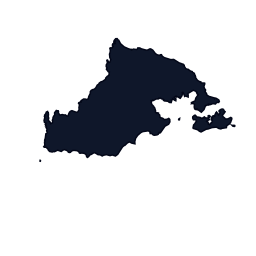 outline of Kupang, Nusa Tenggara Timur, Indonesia, rotated 226°
{"feature_id": "22746128B27765258797580", "entity_name": "Kupang", "entity_type": "district", "adm_level": 2, "iso_a3": "IDN", "parent_name": "Indonesia", "parent_adm1": "Nusa Tenggara Timur", "projection": "orthographic", "projection_center": [123.766, -9.812], "detail": "fine", "context": "isolated", "style": "filled", "palette": "ink", "viewbox_px": 256, "rotation_deg": 226, "n_neighbors": 0, "source": "geoboundaries", "source_scale": "gbopen_adm2", "svg_char_len": 5917}
<svg xmlns="http://www.w3.org/2000/svg" viewBox="0 0 256 256"><g transform="rotate(226 128 128)"><path d="M94.5,189.5L94.0,190.7L93.7,190.4L93.6,190.8L93.0,190.7L93.0,191.0L88.4,191.7L88.5,195.5L90.3,199.4L89.8,199.8L89.6,200.8L88.7,201.7L89.3,202.4L88.0,202.9L88.2,203.2L87.4,204.0L86.6,206.0L84.5,207.6L84.8,209.5L83.4,211.0L83.7,212.2L85.2,212.8L88.0,212.1L89.0,211.5L89.0,210.9L89.3,211.2L94.7,208.1L97.2,207.7L98.4,208.5L100.7,208.6L100.9,209.5L101.6,210.3L103.0,210.4L104.5,211.0L105.3,211.7L106.4,213.9L107.1,214.3L109.4,212.1L110.2,211.8L110.5,212.4L112.5,211.4L114.3,211.1L117.7,211.7L117.9,212.2L119.5,213.0L120.2,212.9L121.2,213.7L123.3,213.1L124.0,213.4L125.5,212.5L128.6,212.0L129.1,211.4L130.6,210.8L133.4,211.4L134.1,212.1L135.0,211.7L135.6,212.0L136.3,211.6L136.4,211.2L137.6,211.0L139.1,210.1L145.6,208.5L147.4,206.3L153.4,203.0L155.8,202.5L157.5,203.0L158.1,202.4L158.5,201.0L160.5,199.8L162.6,199.4L166.8,199.9L169.1,199.3L169.8,198.5L170.4,196.4L171.2,195.3L175.7,192.6L177.4,192.1L178.8,190.7L178.3,189.5L178.5,188.7L181.0,186.7L181.7,184.8L182.5,184.9L182.6,184.5L184.8,183.3L189.0,181.6L193.9,181.2L197.6,182.3L198.1,182.0L199.8,182.3L200.8,181.2L200.6,179.3L199.4,179.6L198.9,178.9L198.9,178.4L200.1,178.1L199.6,177.3L199.0,177.2L198.2,177.7L197.6,177.5L199.1,175.5L198.5,174.3L197.0,174.0L197.1,173.0L196.6,172.7L196.7,172.2L198.0,170.9L197.9,170.3L196.2,169.3L194.9,167.8L194.0,166.0L191.2,163.8L189.3,163.3L188.0,160.7L188.4,159.7L191.1,160.5L191.4,159.8L189.1,158.4L188.5,156.2L187.2,154.9L185.9,154.8L185.3,153.3L182.1,152.9L181.1,153.4L180.7,152.6L179.3,151.5L179.5,151.0L179.2,150.3L179.6,149.1L179.4,146.6L178.7,145.9L178.7,145.2L179.2,142.0L180.0,140.6L180.3,138.5L179.9,137.5L180.2,135.6L179.3,132.9L179.3,130.7L180.3,129.0L180.6,127.5L180.3,126.1L179.1,125.0L177.9,121.6L176.6,119.7L177.3,117.9L178.3,117.5L179.7,116.2L180.2,113.5L180.1,112.7L179.4,112.6L179.2,112.2L180.0,111.3L180.4,110.2L180.2,109.6L178.5,109.3L176.7,106.8L175.2,105.7L174.5,103.2L174.5,102.5L175.5,101.6L179.4,99.7L180.0,98.3L180.0,96.7L179.5,96.3L179.6,95.7L178.3,93.0L179.3,92.3L180.9,92.1L181.8,91.0L183.3,90.1L184.7,87.9L187.4,88.5L187.9,89.3L188.8,89.8L189.5,89.2L189.5,88.5L190.4,88.5L190.0,85.8L188.2,84.2L188.2,82.8L187.6,81.3L187.0,80.8L186.1,78.9L185.3,78.7L184.2,77.3L184.3,76.4L184.8,76.2L184.9,75.4L186.5,76.1L188.6,76.0L190.0,77.2L190.1,77.8L192.3,79.0L192.5,79.8L194.6,81.5L195.4,81.2L195.8,81.5L196.2,80.3L195.4,78.7L195.2,76.9L194.6,76.7L194.3,75.8L193.6,75.8L191.7,72.8L190.1,71.8L188.5,72.4L188.1,71.1L187.7,71.3L186.8,70.2L186.6,70.5L185.3,70.0L185.3,69.4L183.3,68.9L182.5,67.5L180.9,66.9L180.5,66.1L180.9,64.9L178.1,61.4L177.1,59.5L176.2,59.2L175.9,58.2L173.3,56.1L173.1,54.4L172.4,54.4L171.0,55.7L168.3,55.8L167.7,55.4L165.6,55.3L163.4,56.8L162.7,58.2L162.0,58.7L160.9,62.0L157.5,63.7L157.2,66.1L156.5,67.4L153.4,68.7L152.2,68.3L151.2,68.7L150.5,69.7L150.6,71.0L150.2,72.7L149.0,74.0L146.8,75.8L144.8,76.1L143.9,75.7L143.2,75.9L142.0,77.5L140.0,79.0L138.0,79.4L136.2,78.4L135.1,78.3L134.8,79.5L135.1,82.1L134.5,83.3L133.9,86.2L132.9,87.1L129.7,87.9L128.0,89.4L125.8,90.0L125.4,91.5L123.8,94.0L120.6,95.9L119.6,97.9L116.6,99.5L116.2,102.3L118.2,110.8L118.1,113.1L117.7,113.5L117.7,117.3L116.9,119.5L114.7,120.1L111.8,122.0L113.5,123.4L115.3,126.3L116.0,129.8L115.8,133.9L115.2,136.0L112.0,140.5L110.3,141.2L108.6,140.1L107.7,141.2L108.0,141.7L107.5,141.2L105.5,141.3L104.5,141.9L102.9,144.1L102.5,145.4L103.1,147.2L102.7,147.9L102.2,147.7L102.1,148.2L103.6,155.9L102.5,159.8L103.3,162.4L105.2,164.0L106.6,164.0L107.1,162.3L108.8,160.0L111.1,159.7L111.5,159.2L113.6,158.5L115.3,159.8L117.1,159.7L117.6,160.3L118.9,159.4L118.9,158.9L120.2,158.6L121.1,159.7L124.0,161.2L125.2,161.1L125.6,161.5L128.7,161.5L129.5,162.2L130.5,162.4L130.6,163.4L131.4,163.7L130.9,164.2L131.0,165.0L130.1,165.4L129.5,168.0L128.6,169.5L128.0,169.7L127.7,170.7L128.0,170.9L126.9,172.2L125.7,172.4L124.2,173.3L123.3,173.4L123.2,172.8L122.2,173.0L119.5,175.3L117.7,175.5L116.3,176.7L117.3,178.5L118.0,178.6L117.5,180.0L118.0,180.4L115.6,180.8L114.4,181.3L115.6,182.7L118.1,182.6L117.8,184.2L117.2,184.9L116.6,184.4L116.0,185.5L114.9,185.7L114.3,186.5L113.8,185.9L113.1,186.2L113.7,189.2L115.0,191.2L115.8,191.5L115.8,192.0L115.2,192.4L111.4,190.7L111.3,191.3L110.5,191.9L108.5,192.8L110.0,194.3L111.3,194.8L109.8,201.2L107.1,202.4L106.3,202.1L105.7,202.4L105.4,201.8L104.5,201.4L103.2,201.7L102.4,197.5L100.9,195.1L102.1,191.7L101.7,191.8L101.4,190.6L100.2,192.0L98.8,192.2L97.1,190.2L95.4,189.2L94.9,189.7L94.5,189.5ZM82.9,174.8L82.3,174.7L78.9,176.6L77.1,177.2L76.4,177.0L74.4,177.8L72.8,183.4L71.7,184.9L70.0,188.6L67.2,192.2L64.5,193.0L62.8,194.2L62.5,195.3L59.9,199.0L61.1,200.7L60.5,203.6L60.6,205.3L62.3,208.8L63.0,209.5L64.2,209.3L65.2,206.1L66.8,204.3L68.1,204.5L69.9,204.2L71.3,204.7L71.8,205.2L71.7,207.1L72.2,208.0L72.0,208.4L72.3,209.2L73.2,209.0L75.1,209.6L76.3,208.9L77.0,207.3L77.2,205.6L76.9,205.2L76.4,205.5L74.9,204.6L74.2,202.3L73.6,202.3L74.4,201.9L76.4,202.9L76.8,202.4L78.0,202.8L78.0,202.0L76.8,199.0L76.1,198.5L76.4,198.2L76.9,198.8L77.8,197.2L77.6,196.6L76.7,196.1L77.4,195.7L77.0,195.6L77.3,195.2L76.8,194.3L75.8,194.2L75.8,193.6L74.8,193.8L74.0,192.8L73.8,191.7L73.4,192.0L74.2,190.5L73.4,189.4L73.5,189.1L74.0,189.4L74.8,188.4L76.5,189.6L78.1,189.2L78.2,190.1L77.5,192.4L79.2,192.7L82.0,190.3L82.3,190.7L82.9,190.7L83.2,189.5L82.9,188.7L83.6,187.8L83.9,188.0L84.3,187.3L85.3,187.3L87.3,185.9L87.5,185.2L90.5,185.3L91.0,184.6L91.1,182.4L90.2,181.4L88.5,180.8L87.1,182.4L85.4,182.1L85.1,181.5L85.3,180.7L84.7,179.5L84.6,177.3L82.9,174.8ZM79.9,193.0L79.0,193.9L79.3,195.1L79.9,195.3L80.7,195.0L81.1,194.2L79.9,193.0ZM57.7,204.7L56.4,204.7L55.2,205.6L55.2,206.3L55.8,206.5L56.7,205.7L56.5,205.4L57.7,204.7ZM98.8,170.2L98.3,170.3L98.2,170.7L99.0,171.7L99.2,170.7L98.8,170.2ZM165.7,42.3L165.4,41.7L165.0,41.9L165.2,42.3L165.7,42.3Z" fill="#0f172a" stroke="#020617" stroke-width="1.5"/></g></svg>